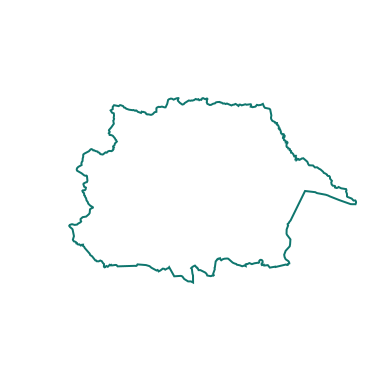 outline of Phnum Kravanh, Pouthisat, Cambodia, rotated 142°
{"feature_id": "14789045B35445184191564", "entity_name": "Phnum Kravanh", "entity_type": "district", "adm_level": 2, "iso_a3": "KHM", "parent_name": "Cambodia", "parent_adm1": "Pouthisat", "projection": "orthographic", "projection_center": [103.822, 12.181], "detail": "fine", "context": "isolated", "style": "outline", "palette": "teal", "viewbox_px": 384, "rotation_deg": 142, "n_neighbors": 0, "source": "geoboundaries", "source_scale": "gbopen_adm2", "svg_char_len": 5986}
<svg xmlns="http://www.w3.org/2000/svg" viewBox="0 0 384 384"><g transform="rotate(142 192 192)"><path d="M306.6,186.2L305.9,186.5L304.9,186.3L304.6,185.1L304.2,184.9L301.7,185.3L301.5,184.5L300.5,184.4L300.4,183.5L297.3,181.7L296.5,180.9L296.4,179.2L282.2,168.8L281.7,168.2L281.0,168.0L279.5,168.5L273.2,162.7L271.1,159.7L270.6,157.3L268.3,152.0L267.1,151.7L267.2,150.0L265.1,149.6L262.2,149.6L261.3,148.7L260.9,147.3L258.2,146.9L257.4,146.4L256.3,146.8L257.9,136.5L252.6,132.9L252.0,132.2L251.6,131.3L251.7,128.3L250.1,123.9L247.9,122.2L246.9,120.0L242.6,125.6L241.9,127.4L239.5,131.4L239.6,132.5L237.7,132.7L235.2,132.3L234.9,132.1L234.9,130.0L234.4,129.1L234.8,128.6L234.6,127.7L234.9,126.4L233.5,125.3L231.2,120.5L230.9,118.7L231.4,116.8L229.1,114.2L228.5,113.9L227.6,113.8L226.9,113.0L226.1,113.0L225.7,114.5L221.5,117.2L221.0,118.3L220.4,118.5L216.0,122.8L214.9,122.9L214.0,123.4L213.5,123.1L212.8,123.4L212.2,123.3L212.0,122.8L210.7,122.6L211.1,120.9L211.0,120.2L209.3,120.1L207.6,119.5L205.3,118.0L204.5,117.1L203.4,111.3L202.5,109.5L201.5,108.1L201.4,107.1L199.4,104.7L198.2,102.6L196.0,101.8L195.3,100.5L194.4,101.9L193.6,101.8L192.8,101.1L190.6,100.7L189.2,98.3L186.7,97.4L183.8,95.8L183.2,95.2L182.4,95.2L181.4,96.3L180.3,96.5L179.5,96.2L178.9,95.4L178.9,94.1L179.8,92.9L181.2,92.7L181.9,91.9L181.9,91.3L180.1,90.5L180.4,89.6L177.3,87.7L177.2,84.5L172.3,81.9L172.4,81.5L162.6,77.0L162.0,75.9L161.3,75.6L160.6,76.2L159.3,75.8L158.8,76.7L158.6,78.1L159.6,81.3L159.1,83.7L158.0,85.8L154.4,88.0L148.5,89.0L146.9,90.4L143.6,94.1L143.5,99.9L143.2,100.9L140.5,104.2L136.9,106.4L136.8,107.2L136.3,107.9L134.9,107.9L134.0,108.4L131.8,108.9L102.3,123.2L95.0,116.0L94.2,114.2L88.3,107.5L86.9,105.4L86.2,103.9L80.9,94.9L74.4,84.7L70.7,81.7L69.3,82.6L68.6,83.7L68.5,84.8L70.0,85.8L70.2,88.5L72.5,92.4L72.6,93.0L71.0,95.2L70.3,97.6L69.2,98.3L68.8,99.4L72.2,103.1L73.4,105.7L74.7,105.7L75.7,106.2L77.0,108.2L76.0,107.6L75.7,108.6L76.2,109.4L77.2,110.3L77.3,112.0L76.3,113.9L74.9,114.6L75.0,117.5L74.1,118.8L74.0,119.7L74.0,120.0L75.0,121.0L75.2,122.1L74.9,122.5L75.5,124.4L76.4,126.0L76.2,127.1L76.9,130.8L77.4,131.6L78.2,134.4L80.0,135.7L80.3,138.4L83.2,140.9L83.3,142.0L82.5,144.9L83.5,150.0L83.9,150.1L84.5,150.7L87.4,151.1L87.8,151.4L87.7,152.4L88.4,152.8L90.3,152.8L90.1,153.4L90.5,153.9L89.8,154.4L88.9,154.2L89.0,155.8L87.8,156.4L87.8,156.6L89.5,157.3L88.9,159.3L89.1,161.5L89.7,162.1L88.7,163.3L89.3,164.7L88.5,165.4L88.8,166.5L89.4,166.9L89.1,168.0L89.6,169.0L89.3,170.0L88.0,171.5L86.7,171.8L86.2,172.3L86.3,173.1L87.6,173.5L86.8,174.9L87.5,176.1L87.0,176.8L87.1,178.6L86.5,179.0L85.4,178.4L84.4,179.1L84.4,179.6L85.2,179.9L84.3,180.4L84.2,181.2L85.4,181.8L85.2,182.4L85.7,183.2L85.4,184.1L84.8,184.8L84.2,186.7L84.5,187.1L83.9,188.0L84.6,188.4L84.5,188.8L84.0,189.0L83.3,190.4L83.1,192.5L83.5,192.6L83.6,193.2L82.6,194.1L83.9,195.4L83.6,196.2L84.7,198.2L84.9,199.0L84.6,200.9L84.1,201.8L82.3,203.5L79.6,208.9L79.8,210.0L82.7,213.4L82.7,215.0L81.9,217.8L84.0,218.2L86.2,219.4L87.2,220.7L89.4,220.2L92.0,221.5L93.2,223.1L92.0,223.8L91.7,225.0L95.3,227.2L96.0,228.3L99.5,229.7L100.0,230.9L100.9,231.7L102.4,231.2L103.1,233.8L103.6,234.7L104.7,234.8L106.4,235.7L107.6,235.9L110.0,240.2L111.3,240.6L111.9,241.8L113.2,242.7L113.6,244.1L114.6,245.2L114.7,245.9L116.9,247.4L118.2,247.9L119.3,247.7L121.2,248.6L123.2,248.9L124.4,249.6L125.6,252.0L125.2,253.6L124.5,254.1L124.0,255.0L122.8,255.6L122.5,256.1L122.7,256.5L124.5,257.1L125.5,259.2L126.3,259.5L127.9,258.9L128.5,259.6L129.8,259.9L129.9,261.3L131.0,261.6L131.8,263.0L133.9,263.2L135.6,263.9L136.1,264.5L137.0,264.8L138.2,266.1L143.0,266.6L144.5,266.3L145.8,266.9L146.7,269.9L146.9,272.7L146.3,273.4L144.9,274.2L145.0,274.5L146.7,275.4L149.6,276.1L150.4,277.9L151.3,278.7L153.2,279.3L154.2,279.2L157.3,276.7L160.7,275.0L161.6,275.7L163.1,277.8L164.6,278.5L166.1,279.8L167.8,280.1L168.5,279.9L170.7,277.1L172.4,277.9L175.2,277.5L176.8,278.0L179.0,280.5L179.6,280.7L180.0,281.8L179.8,283.2L181.0,285.1L181.7,285.5L182.2,286.3L183.5,285.7L185.3,288.5L185.6,290.4L185.9,290.8L186.8,291.0L187.7,292.7L188.4,293.0L190.9,295.6L192.6,298.2L192.7,299.4L193.5,300.3L193.4,302.1L194.8,304.4L195.4,304.8L196.9,304.8L200.0,308.4L202.0,307.9L203.5,306.1L205.9,306.4L206.2,303.8L205.2,302.1L206.5,300.1L208.1,298.6L208.3,297.7L209.2,297.0L210.1,296.7L211.6,293.9L215.9,292.6L219.1,292.0L219.7,291.5L219.7,290.3L220.0,289.9L221.4,289.6L221.4,287.9L221.7,287.6L220.5,286.4L219.8,285.1L219.7,281.5L220.1,280.2L219.8,279.6L220.2,278.5L220.2,278.0L222.8,277.7L224.5,276.5L226.1,276.5L226.5,275.8L226.3,275.0L227.3,274.7L227.6,274.0L228.6,273.9L228.8,273.6L230.2,273.7L231.9,275.3L233.3,275.7L235.0,275.5L235.8,276.5L238.9,276.4L239.4,276.6L240.9,278.3L240.8,279.9L241.6,281.1L241.5,282.0L242.8,283.6L243.4,285.0L244.2,285.6L244.2,286.4L244.7,287.6L245.6,288.0L248.2,287.6L253.1,288.5L254.4,288.5L254.9,288.2L256.1,286.7L257.5,285.7L259.2,283.8L260.3,283.5L261.5,282.7L262.4,281.2L266.1,281.8L268.0,281.5L268.9,280.8L269.3,280.1L269.4,279.4L267.5,274.8L266.7,271.5L266.1,270.5L265.1,269.9L265.0,269.2L267.5,265.2L268.8,264.5L269.8,265.0L272.2,265.4L272.8,265.0L273.7,262.5L272.9,260.8L274.2,259.6L275.4,259.4L277.0,260.5L277.7,260.4L278.1,258.9L277.8,257.5L279.0,255.7L278.7,255.0L279.3,253.5L279.3,252.3L280.3,250.3L280.3,248.4L280.9,246.7L280.6,244.0L279.5,241.1L279.7,240.7L282.5,241.2L283.1,241.1L285.5,238.5L286.9,238.0L290.5,237.8L293.7,239.5L296.4,239.3L297.1,238.5L297.5,237.0L298.5,236.8L301.2,237.2L302.6,237.1L304.7,238.3L306.3,240.4L307.0,240.8L308.6,241.3L309.6,240.9L309.7,239.6L309.1,236.6L309.2,235.9L312.2,229.9L315.3,227.7L315.5,225.9L314.8,225.0L314.3,223.8L314.7,222.9L314.1,222.6L314.4,221.3L313.8,220.5L313.0,220.1L312.6,218.3L311.2,218.2L310.3,217.6L311.1,216.8L310.7,215.3L311.0,213.9L310.6,206.4L311.0,205.0L310.3,202.8L310.3,197.7L309.7,197.1L309.8,196.2L309.5,195.9L308.2,194.8L306.5,194.5L305.7,193.0L305.9,191.0L305.7,189.4L307.4,187.4L307.3,186.5L306.6,186.2Z" fill="none" stroke="#0f766e" stroke-width="2"/></g></svg>